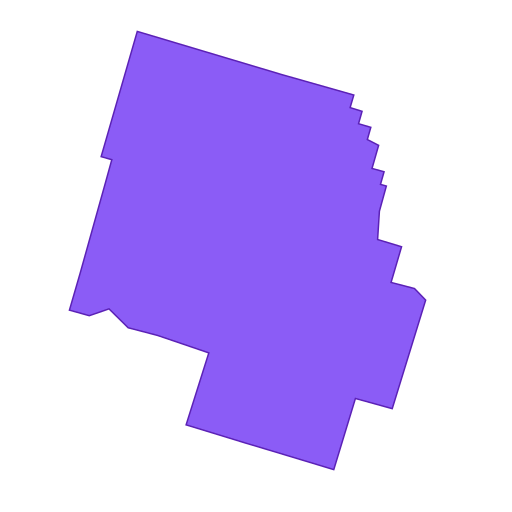 Miller, Missouri, United States of America, rotated 195°
{"feature_id": "52423323B49877300936601", "entity_name": "Miller", "entity_type": "district", "adm_level": 2, "iso_a3": "USA", "parent_name": "United States of America", "parent_adm1": "Missouri", "projection": "equal_earth", "projection_center": [-92.479, 38.224], "detail": "fine", "context": "isolated", "style": "filled", "palette": "violet", "viewbox_px": 512, "rotation_deg": 195, "n_neighbors": 0, "source": "geoboundaries", "source_scale": "gbopen_adm2", "svg_char_len": 606}
<svg xmlns="http://www.w3.org/2000/svg" viewBox="0 0 512 512"><g transform="rotate(195 256 256)"><path d="M80.7,257.3L94.5,265.6L118.7,265.4L117.8,302.6L142.8,303.4L148.4,331.2L148.2,357.3L154.3,357.4L154.1,370.5L166.6,370.6L166.2,394.6L178.6,397.3L178.4,410.0L191.2,410.3L191.0,423.2L203.5,423.7L203.2,436.8L278.1,437.9L428.8,442.2L431.3,311.9L420.2,311.7L420.4,286.7L421.4,194.2L422.2,155.4L401.6,155.2L384.3,166.9L360.9,153.6L330.6,153.8L276.5,150.2L279.8,74.8L217.4,72.6L192.5,71.9L129.0,69.9L125.6,69.8L123.1,144.1L84.9,143.8L80.7,257.3Z" fill="#8b5cf6" stroke="#5b21b6" stroke-width="1.5"/></g></svg>